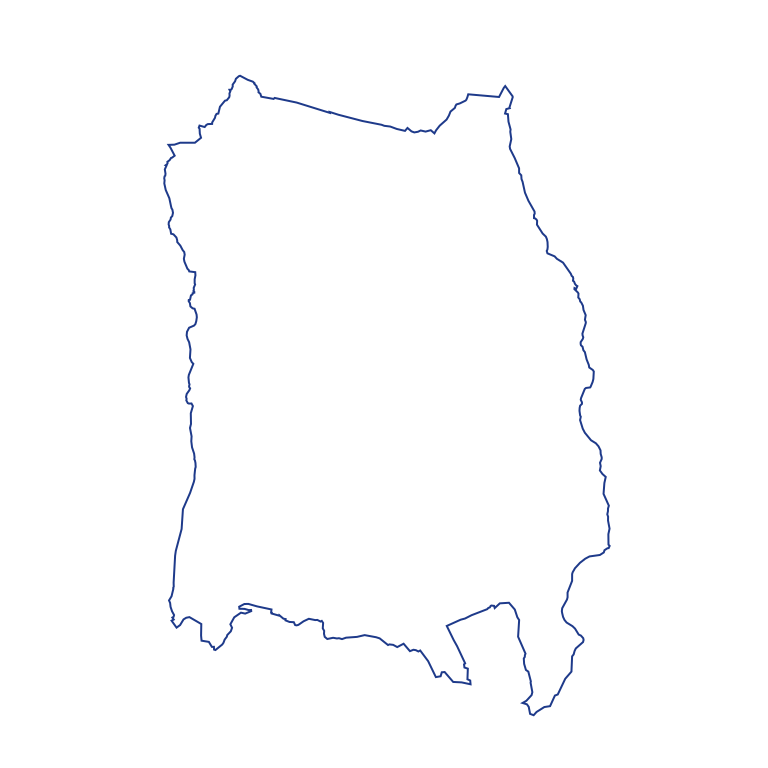 Malureni, Arges, Romania (Robinson projection), rotated 187°
{"feature_id": "2599482B85608070722935", "entity_name": "Malureni", "entity_type": "district", "adm_level": 2, "iso_a3": "ROU", "parent_name": "Romania", "parent_adm1": "Arges", "projection": "robinson", "projection_center": [24.772, 45.057], "detail": "fine", "context": "isolated", "style": "outline", "palette": "blue", "viewbox_px": 768, "rotation_deg": 187, "n_neighbors": 0, "source": "geoboundaries", "source_scale": "gbopen_adm2", "svg_char_len": 6147}
<svg xmlns="http://www.w3.org/2000/svg" viewBox="0 0 768 768"><g transform="rotate(187 384 384)"><path d="M624.8,592.6L619.6,585.1L622.0,582.8L622.9,582.4L624.1,580.0L626.1,578.1L625.7,576.9L626.1,575.7L627.4,574.5L626.5,574.2L627.7,570.3L626.5,566.1L626.5,564.1L627.1,563.4L627.2,561.4L626.6,559.5L626.5,556.3L624.3,550.0L619.7,542.2L617.0,534.3L616.3,532.5L615.3,531.3L614.3,528.2L614.6,524.9L615.8,523.2L615.9,521.2L617.3,518.4L617.2,516.1L616.5,514.7L616.4,513.3L614.9,511.4L613.6,507.2L611.2,506.9L607.9,504.1L606.8,501.5L606.5,499.7L603.0,496.5L600.1,492.3L598.4,490.7L597.6,488.1L597.9,483.9L597.0,481.1L593.2,474.5L591.7,473.3L591.0,472.0L585.0,472.0L584.4,468.9L584.7,464.9L584.2,460.9L583.6,459.8L584.6,456.2L584.2,454.3L584.5,453.1L583.6,452.6L583.4,451.5L585.0,450.8L585.0,449.6L586.4,448.4L586.8,444.0L588.0,443.6L588.0,442.5L586.5,440.6L585.6,437.4L583.2,435.8L581.2,435.6L578.5,430.1L577.9,427.4L578.0,423.5L578.5,420.5L579.7,418.8L584.3,416.1L585.9,411.8L585.8,408.2L584.5,404.8L582.5,401.7L580.3,394.8L579.8,386.2L577.5,382.3L575.7,380.8L578.8,369.3L578.9,366.7L577.7,361.3L577.0,360.0L577.2,358.0L576.8,356.9L575.9,356.1L576.4,354.2L578.6,350.1L578.9,347.0L578.1,345.2L578.2,343.6L576.4,341.1L575.2,340.8L572.7,341.2L571.0,338.8L572.2,331.4L570.7,320.8L571.2,316.7L568.6,308.6L568.3,303.7L566.8,297.7L564.0,291.8L563.1,288.1L563.1,286.2L562.3,285.0L561.5,282.6L560.8,278.7L561.1,276.9L561.0,270.4L560.5,266.7L560.8,263.7L563.2,252.3L568.3,235.2L567.2,215.4L570.3,193.0L570.4,188.1L568.6,161.2L568.0,157.2L568.4,155.8L568.1,155.2L569.0,147.4L571.0,143.0L569.6,140.6L568.7,136.8L566.7,132.6L564.2,129.1L564.5,127.2L565.6,126.4L564.0,124.6L566.0,123.2L560.2,116.9L557.0,119.9L554.3,125.9L551.8,127.9L548.7,128.9L536.1,123.5L534.9,112.0L533.8,107.0L526.4,106.7L522.8,102.1L520.8,102.4L520.3,99.7L518.9,99.4L512.8,105.7L511.8,107.6L511.0,110.9L509.2,114.0L509.0,115.7L505.9,119.9L505.1,123.5L507.2,126.8L504.2,134.2L498.1,139.6L493.8,139.2L488.1,142.4L488.4,143.5L490.6,143.1L495.1,143.8L500.1,143.3L500.6,145.3L495.8,148.6L491.9,149.2L482.9,147.8L468.2,146.5L468.2,143.4L467.5,143.3L467.5,142.5L459.9,141.3L459.8,141.8L455.2,138.8L453.0,138.7L453.0,137.4L448.8,136.3L444.5,136.6L442.8,133.9L441.3,133.8L439.6,134.5L434.9,138.7L430.0,141.8L423.5,141.3L421.4,141.7L418.1,140.5L416.9,141.3L415.3,139.4L415.0,134.0L413.3,131.7L413.1,128.7L412.0,125.8L409.2,124.0L403.6,125.9L399.7,125.7L397.7,126.2L394.6,125.7L390.7,127.6L380.0,129.7L372.6,132.4L361.0,131.7L357.3,131.0L348.2,125.4L346.9,126.2L343.1,126.2L338.8,124.5L332.9,128.6L325.7,122.0L322.4,123.8L319.9,123.7L317.3,122.7L315.6,123.9L306.4,114.3L296.8,99.4L292.2,100.8L291.5,104.9L288.7,105.5L279.0,96.7L270.6,97.3L261.5,96.5L262.3,100.2L265.2,101.1L266.1,111.7L269.6,112.4L270.4,115.5L269.4,116.6L279.5,132.7L283.6,138.3L292.2,151.5L279.2,159.4L275.0,161.1L268.9,165.2L254.1,173.1L253.2,174.4L251.7,175.2L251.1,176.7L250.4,177.2L247.7,177.2L246.8,175.1L242.3,180.4L233.3,182.1L226.7,176.1L223.2,168.7L221.1,166.2L220.1,149.5L210.7,133.6L211.1,132.1L211.0,130.3L211.8,128.6L210.8,123.3L208.3,117.5L205.7,116.1L202.0,106.7L202.1,105.4L199.2,96.2L199.6,93.2L204.1,86.9L207.6,84.3L203.1,83.5L201.0,81.2L198.8,74.4L195.1,73.5L192.6,77.1L185.5,82.9L179.9,84.5L176.4,95.6L173.7,97.0L168.2,113.5L162.9,121.4L164.1,136.6L162.8,138.7L162.3,142.2L161.4,144.9L155.0,152.1L154.7,154.3L155.3,156.0L157.9,158.3L160.2,159.0L164.6,164.5L167.4,166.6L173.7,169.5L176.1,171.8L177.9,174.7L179.2,178.2L179.8,180.2L179.8,183.2L176.1,192.4L175.8,194.7L176.4,199.4L173.3,211.5L174.1,218.3L173.8,220.1L172.0,224.4L167.7,230.4L163.0,235.1L159.0,237.9L148.9,240.6L145.3,243.6L144.9,245.9L142.2,248.2L141.0,248.5L140.3,250.8L141.6,251.9L143.0,262.3L142.5,267.9L145.0,275.8L145.4,279.6L146.5,281.9L146.2,285.1L146.5,287.6L146.0,290.6L152.7,301.7L153.2,312.6L152.6,318.8L156.2,321.3L159.2,324.5L158.9,328.9L160.0,332.1L158.8,336.1L159.0,337.8L160.4,341.0L161.0,344.5L163.5,348.3L166.5,351.0L171.7,353.4L178.7,360.1L181.3,363.9L185.0,372.1L184.7,375.5L185.5,376.7L186.7,381.2L186.9,384.1L186.7,386.4L185.1,388.4L185.3,390.0L186.8,392.3L186.7,394.0L184.1,403.6L183.0,404.7L179.0,405.7L178.6,406.4L177.2,411.4L176.8,414.5L177.3,422.0L178.5,423.4L182.3,425.4L183.1,428.0L185.9,433.1L188.5,440.1L190.2,441.8L191.5,445.2L193.2,446.4L193.7,447.7L193.9,449.5L192.2,452.9L191.9,454.7L192.8,456.4L193.2,458.2L191.2,468.7L191.2,470.0L192.4,472.3L192.2,476.9L195.0,481.8L196.1,485.9L198.2,489.0L199.3,489.8L200.1,492.0L201.7,493.5L202.0,497.5L202.8,498.5L206.6,501.4L206.6,502.4L204.9,501.7L204.0,504.7L205.3,505.3L206.7,506.7L207.8,508.8L209.0,509.5L209.0,511.8L209.5,513.2L210.9,514.2L212.0,516.2L221.1,526.3L227.6,529.3L230.2,531.5L237.7,533.6L238.7,535.9L238.2,537.4L238.2,540.0L239.0,544.8L240.0,547.7L241.3,550.0L244.9,552.7L251.6,560.8L251.9,564.6L252.7,565.8L254.3,566.8L255.3,566.9L255.7,570.1L255.2,571.4L255.6,573.5L263.0,583.5L267.4,591.1L271.1,601.6L272.5,604.2L273.2,607.9L275.6,609.9L276.2,614.5L281.8,624.2L287.5,632.7L288.2,635.1L287.5,642.6L289.4,649.7L289.4,652.1L292.4,659.5L293.9,666.9L296.8,667.2L296.1,671.8L292.8,673.1L293.2,673.7L291.2,684.3L291.4,685.2L300.0,694.5L301.2,692.5L304.8,682.9L335.7,681.8L336.2,678.8L336.9,676.2L337.6,675.2L343.0,671.7L346.2,670.3L346.9,668.8L347.3,666.7L351.2,662.5L352.3,658.3L354.1,654.1L360.2,647.2L363.2,642.2L364.5,638.9L368.5,641.6L373.5,639.6L378.5,640.1L381.0,638.5L384.6,637.4L387.5,638.1L391.9,641.0L394.0,637.8L402.4,638.7L409.2,640.3L415.2,640.3L418.0,641.0L437.4,642.4L462.1,645.7L471.1,647.4L470.8,646.5L505.0,652.7L527.4,654.6L528.3,653.5L540.8,654.2L542.1,657.0L544.1,658.2L544.1,659.2L544.8,661.0L546.6,662.9L546.6,663.9L549.4,666.3L549.2,666.8L551.0,668.1L556.3,669.3L564.4,672.4L565.6,671.8L568.2,668.9L568.7,666.3L570.7,662.7L570.4,660.9L571.1,658.3L571.6,657.5L573.2,657.2L572.2,655.7L572.8,653.6L572.4,651.3L572.6,649.7L574.6,646.5L576.4,645.8L580.6,639.2L581.4,632.2L583.1,631.7L584.0,629.7L584.2,627.6L586.4,622.7L586.3,621.2L590.5,620.5L591.9,619.5L593.3,617.2L598.6,618.0L599.1,615.8L598.2,615.0L597.3,610.0L595.6,606.1L601.1,600.4L615.8,598.6L621.2,596.0L627.0,595.1L624.8,592.6Z" fill="none" stroke="#1e3a8a" stroke-width="2"/></g></svg>